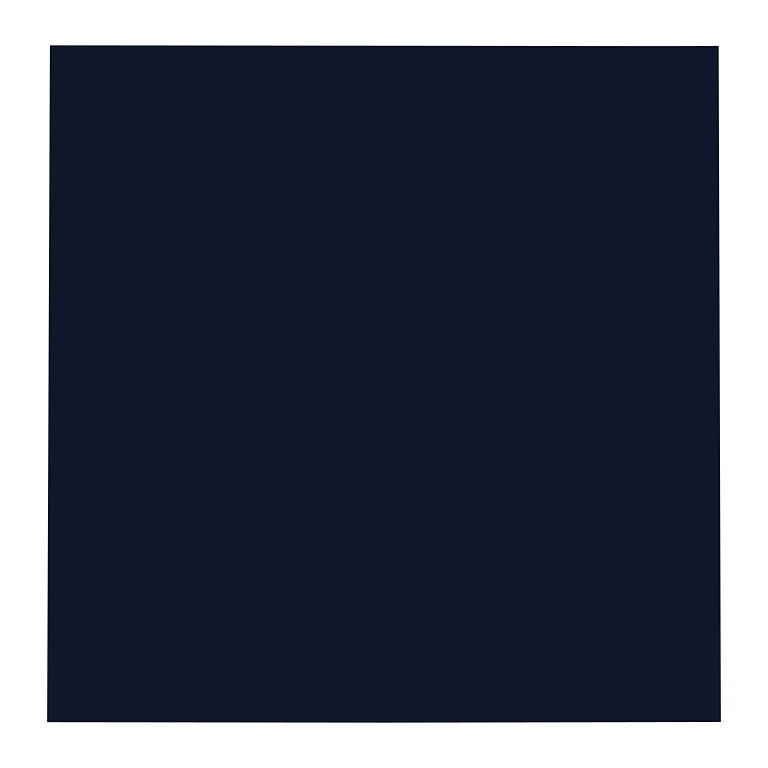 Brown, Kansas, United States of America
{"feature_id": "52423323B65673642944633", "entity_name": "Brown", "entity_type": "district", "adm_level": 2, "iso_a3": "USA", "parent_name": "United States of America", "parent_adm1": "Kansas", "projection": "albers", "projection_center": [-95.595, 39.827], "detail": "fine", "context": "isolated", "style": "filled", "palette": "ink", "viewbox_px": 768, "rotation_deg": 0, "n_neighbors": 0, "source": "geoboundaries", "source_scale": "gbopen_adm2", "svg_char_len": 232}
<svg xmlns="http://www.w3.org/2000/svg" viewBox="0 0 768 768"><path d="M47.9,721.4L384.3,721.9L635.6,721.4L720.1,721.2L717.9,46.7L665.3,46.9L55.9,46.1L50.7,46.1L47.9,721.4Z" fill="#0f172a" stroke="#020617" stroke-width="1.5"/></svg>